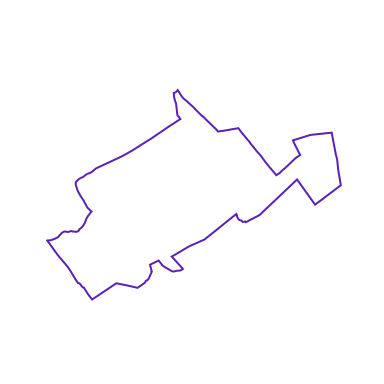 Tapilula, Chiapas, Mexico (Albers equal-area conic projection), rotated 321°
{"feature_id": "50627088B79605017756871", "entity_name": "Tapilula", "entity_type": "district", "adm_level": 2, "iso_a3": "MEX", "parent_name": "Mexico", "parent_adm1": "Chiapas", "projection": "albers", "projection_center": [-92.998, 17.25], "detail": "fine", "context": "isolated", "style": "outline", "palette": "violet", "viewbox_px": 384, "rotation_deg": 321, "n_neighbors": 0, "source": "geoboundaries", "source_scale": "gbopen_adm2", "svg_char_len": 3389}
<svg xmlns="http://www.w3.org/2000/svg" viewBox="0 0 384 384"><g transform="rotate(321 192 192)"><path d="M49.0,138.6L48.0,156.5L48.0,157.1L48.3,172.7L47.5,179.8L46.5,186.6L46.2,190.1L46.1,191.1L47.1,192.3L47.0,195.5L47.1,197.2L47.8,198.3L46.9,205.7L46.7,212.6L48.3,212.8L60.0,213.9L75.7,215.3L82.5,223.4L89.4,232.2L94.6,232.6L95.8,232.7L98.4,232.8L100.2,232.0L101.2,232.2L101.4,232.4L103.4,232.3L110.1,228.9L110.4,228.2L110.8,228.3L113.6,222.1L122.9,224.2L122.9,224.4L122.9,227.2L122.8,230.4L123.3,232.0L124.0,234.3L125.1,237.0L125.7,238.8L126.8,241.3L127.5,242.2L130.4,243.5L133.4,245.6L134.2,245.9L136.2,246.0L136.3,246.0L136.5,246.0L136.2,239.8L135.6,229.4L138.9,230.0L139.1,230.0L143.0,230.6L146.4,231.1L148.0,231.3L151.5,231.8L152.8,232.0L155.5,232.4L158.3,233.1L160.7,233.8L167.4,235.6L171.8,236.8L177.9,236.8L179.0,236.8L186.0,236.9L191.1,236.9L196.3,236.9L201.8,236.9L202.4,236.9L212.6,237.0L212.5,237.6L212.3,238.1L212.2,238.5L211.7,238.9L211.6,239.4L211.3,240.4L211.2,241.0L211.1,241.9L211.0,242.9L211.3,243.6L211.6,244.3L212.2,245.1L212.5,245.4L212.6,246.2L212.5,246.7L212.7,247.3L213.7,247.9L214.7,248.3L214.9,249.4L230.1,252.4L281.5,248.4L279.7,279.3L290.5,279.7L311.9,280.4L319.7,266.6L325.3,258.0L327.7,252.8L337.9,233.8L320.0,222.2L303.0,215.4L302.0,218.7L301.7,220.2L301.6,220.4L301.4,221.7L301.3,222.3L301.1,222.8L300.5,225.9L300.1,227.5L300.0,228.1L299.4,231.3L293.9,230.8L291.4,231.0L282.4,231.8L278.6,232.0L276.4,232.0L271.8,232.4L268.1,232.0L268.0,223.5L267.9,222.5L267.9,221.9L267.9,214.4L268.1,211.0L268.2,210.1L268.3,206.1L268.0,202.3L268.0,194.3L268.0,190.7L268.2,190.0L268.2,189.3L268.1,184.9L268.1,182.7L268.0,180.3L268.0,176.4L268.2,171.6L264.1,169.3L256.2,164.9L254.8,164.1L253.1,163.0L250.3,161.4L250.2,158.1L249.8,155.2L249.7,154.0L249.5,152.4L249.3,151.3L249.2,150.7L249.1,149.3L248.8,147.2L248.4,143.6L248.3,142.8L248.3,142.3L248.0,139.9L247.6,138.7L247.5,138.2L247.2,135.2L247.1,133.8L247.0,133.5L246.9,132.4L246.9,132.1L246.7,130.0L246.6,128.6L246.6,128.0L246.6,127.9L246.3,126.0L246.3,125.8L245.6,121.6L245.5,121.3L245.4,120.3L245.3,119.1L244.2,113.6L244.2,112.9L244.2,110.7L244.3,110.2L244.8,106.2L245.0,103.8L243.4,104.2L241.5,104.1L240.1,103.6L238.9,105.4L238.2,106.3L237.9,106.9L237.7,107.3L237.1,108.5L236.8,109.0L236.6,109.6L235.7,112.0L235.1,113.5L234.2,114.9L233.4,116.2L232.9,117.0L232.2,118.1L231.8,118.7L230.5,120.7L229.9,121.6L229.0,123.1L229.0,123.6L229.1,125.3L228.9,125.8L228.9,127.4L228.9,128.0L224.0,127.5L217.7,126.8L214.6,126.5L208.5,126.0L196.2,125.0L193.6,124.8L186.8,123.9L185.1,123.7L176.5,122.7L171.8,122.2L170.3,121.9L165.3,121.1L159.7,120.1L138.5,114.8L132.0,113.2L128.4,113.3L126.2,113.3L123.4,112.5L120.6,111.8L117.3,111.8L112.8,110.8L110.9,110.9L108.2,111.0L106.3,113.0L103.9,119.2L102.9,124.7L102.4,130.6L101.6,134.4L101.6,134.6L100.9,138.0L101.2,141.0L101.4,142.4L101.4,143.0L101.7,143.9L99.8,144.3L95.4,145.4L95.2,145.5L94.1,145.8L92.5,146.7L89.8,148.2L89.0,148.7L86.7,149.5L85.5,149.9L82.5,150.2L81.3,150.0L81.0,150.2L79.9,150.7L78.5,150.7L76.8,150.0L75.9,149.0L75.1,148.2L74.4,147.7L74.2,147.3L73.8,146.6L72.9,145.9L71.5,145.6L70.2,144.8L68.5,142.8L67.8,142.4L66.3,142.0L65.5,142.0L64.8,141.9L63.0,142.2L61.3,142.4L60.9,142.5L59.6,142.8L56.8,142.2L56.3,142.1L55.1,141.8L53.9,141.4L52.5,140.7L51.7,140.6L51.2,140.1L50.5,139.6L50.1,139.5L49.1,138.6L49.0,138.6Z" fill="none" stroke="#5b21b6" stroke-width="2"/></g></svg>